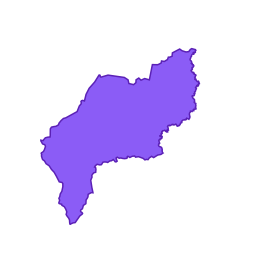 the district of Mariscala, Lavalleja, Uruguay, rotated 333°
{"feature_id": "84410073B78906146937991", "entity_name": "Mariscala", "entity_type": "district", "adm_level": 2, "iso_a3": "URY", "parent_name": "Uruguay", "parent_adm1": "Lavalleja", "projection": "equal_earth", "projection_center": [-54.667, -34.01], "detail": "fine", "context": "isolated", "style": "filled", "palette": "violet", "viewbox_px": 256, "rotation_deg": 333, "n_neighbors": 0, "source": "geoboundaries", "source_scale": "gbopen_adm2", "svg_char_len": 5863}
<svg xmlns="http://www.w3.org/2000/svg" viewBox="0 0 256 256"><g transform="rotate(333 128 128)"><path d="M147.8,166.2L147.7,166.0L147.7,164.8L148.2,163.7L148.3,163.2L148.6,163.0L149.1,161.2L148.9,160.3L148.7,160.0L148.6,159.7L148.1,159.4L147.4,158.4L147.3,157.9L147.3,157.3L147.6,156.8L148.0,156.7L148.2,156.4L148.4,156.3L148.5,156.2L148.4,156.1L148.5,155.9L149.3,155.9L149.3,155.4L149.5,154.9L149.5,154.3L149.8,153.5L149.8,153.2L150.1,152.8L151.1,152.5L151.1,152.8L151.2,153.0L152.0,152.4L152.7,152.7L152.9,152.6L152.9,152.4L153.1,152.3L153.5,152.4L153.9,152.2L154.1,151.5L154.4,151.3L154.6,151.1L154.6,150.9L154.0,150.3L153.5,150.6L152.8,150.2L152.7,149.6L152.8,149.4L153.3,149.5L154.3,149.3L154.8,148.9L154.9,148.1L155.1,148.0L155.4,148.1L155.4,148.3L155.5,148.4L155.9,148.4L156.1,148.2L155.9,147.5L156.5,146.6L156.8,146.9L157.1,146.8L157.8,146.2L158.9,146.7L159.8,146.7L160.3,147.6L160.3,148.0L160.7,148.0L160.8,148.2L160.6,148.5L160.3,148.5L160.6,149.0L161.1,148.8L161.2,149.3L161.5,149.5L161.6,149.3L161.7,148.9L162.0,148.6L162.9,148.3L162.7,148.0L162.2,147.8L162.1,147.5L162.2,147.4L163.0,147.7L163.3,147.4L163.6,146.8L163.6,146.2L163.8,146.0L163.8,145.7L164.1,145.0L163.9,144.8L163.9,144.6L165.0,144.0L165.6,144.3L166.2,144.3L166.4,144.6L166.3,144.9L167.1,145.1L168.7,144.8L169.1,144.8L169.4,145.2L169.5,145.6L169.9,145.6L170.1,145.9L170.3,145.8L170.4,146.1L170.8,146.3L172.3,146.2L172.6,146.6L172.5,147.3L172.9,148.2L172.7,148.7L173.3,149.0L174.1,148.9L174.9,149.1L175.1,148.7L175.7,148.7L176.2,148.4L176.9,147.6L178.4,147.6L178.6,147.3L178.3,147.0L178.3,146.8L179.0,146.7L179.4,146.1L180.2,145.9L182.1,146.2L182.2,146.6L182.4,146.8L183.2,146.6L183.5,146.8L183.7,146.6L183.9,146.8L184.3,146.5L184.4,146.0L184.6,145.9L184.9,146.4L185.1,146.5L185.3,146.5L185.6,146.9L185.7,147.1L186.2,147.9L187.8,146.9L188.1,146.1L188.5,145.7L188.4,145.1L188.8,144.5L188.9,143.5L189.9,142.4L191.1,142.0L191.3,141.4L191.7,141.5L191.9,141.8L192.6,142.4L192.9,142.1L193.8,142.3L194.2,142.2L194.3,141.9L194.5,142.1L194.6,141.7L194.8,141.7L194.7,141.5L195.1,141.2L195.3,141.2L195.3,141.5L195.7,141.4L197.1,141.9L197.3,141.4L197.5,141.3L197.4,140.7L197.4,140.4L197.6,140.4L197.6,140.0L198.6,139.1L198.7,138.6L198.9,137.9L199.5,137.1L199.6,136.9L199.3,136.4L198.8,135.9L198.7,135.1L199.5,134.5L199.4,134.1L199.9,133.5L200.1,132.9L199.9,132.4L199.7,131.8L199.8,131.6L199.5,131.1L199.4,130.6L199.5,130.1L199.4,129.2L199.6,128.8L199.9,128.5L200.7,128.8L201.1,129.2L201.8,129.0L202.4,128.5L202.5,128.3L202.3,127.5L202.5,127.3L203.3,127.5L203.5,127.2L203.7,126.1L204.5,126.0L205.1,125.6L205.5,124.8L205.9,124.7L206.8,124.0L206.5,122.9L206.6,122.5L207.3,122.5L207.6,122.2L208.2,122.4L208.5,122.2L208.4,121.5L208.5,121.4L209.2,121.8L209.2,122.1L209.4,122.3L209.8,122.0L209.7,121.5L209.8,121.4L210.0,121.8L210.1,122.0L210.7,121.5L211.0,120.7L211.7,120.8L211.7,120.7L211.9,119.8L211.7,119.6L212.1,118.6L211.9,118.2L211.1,118.4L210.8,118.0L210.5,116.6L210.6,115.4L210.3,115.4L210.3,115.2L210.1,115.4L209.9,115.3L209.7,115.0L210.5,113.7L210.5,113.1L211.1,113.1L211.6,112.3L212.3,112.1L212.5,111.8L212.5,111.4L211.4,110.2L211.7,109.8L211.5,109.6L211.8,109.1L211.5,108.6L211.6,108.2L211.1,108.0L210.9,108.2L210.7,107.9L210.5,107.5L210.5,106.4L210.2,105.9L210.2,105.6L210.8,105.1L211.7,105.1L212.0,104.9L212.2,103.6L212.5,103.5L212.7,103.3L213.0,103.5L213.4,103.3L213.5,103.4L214.3,102.7L214.8,102.6L214.7,102.3L214.9,101.6L214.9,101.3L214.6,101.0L214.1,100.9L214.1,100.5L214.5,99.9L214.5,99.7L214.0,99.6L214.0,99.1L213.9,99.0L214.4,98.8L214.7,97.9L214.8,97.1L214.4,96.4L214.3,95.8L214.4,95.2L214.6,94.8L215.7,94.0L216.4,93.1L216.7,93.1L217.1,93.0L217.4,92.3L218.4,91.6L219.3,91.4L219.7,91.5L219.8,92.0L220.1,92.1L220.4,91.8L220.2,91.0L220.4,90.4L221.0,90.5L221.2,91.0L221.5,91.2L222.2,91.2L222.2,90.9L223.0,90.1L223.1,89.7L223.7,89.6L223.7,88.8L220.8,86.2L219.2,86.3L216.8,87.5L214.2,86.6L211.3,83.8L209.9,81.1L201.7,81.2L199.8,84.1L197.3,83.8L196.1,83.2L194.3,84.9L190.6,85.2L188.3,83.5L187.1,85.1L185.0,85.2L183.2,85.1L178.5,82.6L168.9,94.8L165.3,91.5L161.3,91.3L160.3,88.4L157.1,88.7L155.6,91.2L152.7,91.9L149.0,88.8L149.9,85.1L147.7,81.3L134.2,71.8L127.0,70.4L126.6,69.6L127.0,68.6L126.9,68.0L126.2,67.7L119.2,71.9L111.4,75.0L105.9,79.0L101.5,84.1L100.1,82.8L98.9,82.6L98.0,83.2L97.9,84.2L97.2,85.2L94.6,86.3L90.1,90.3L77.2,90.7L74.8,90.2L71.8,91.0L68.8,92.3L67.5,93.6L64.7,93.8L62.3,93.0L60.2,92.5L58.4,93.5L55.3,99.4L54.5,100.6L52.2,99.7L49.9,99.2L47.7,100.1L46.7,100.7L44.8,99.3L44.5,100.1L44.6,101.7L44.6,102.9L44.9,103.8L46.0,104.8L46.3,105.6L46.0,107.1L43.5,109.5L42.2,110.4L40.8,110.8L39.6,110.8L39.0,111.5L39.1,112.4L38.2,113.6L37.6,116.8L37.8,117.9L38.5,119.0L38.7,120.3L38.8,122.6L40.6,125.9L41.0,130.2L42.1,133.9L42.3,138.6L42.3,144.8L44.5,146.6L44.7,147.9L43.3,150.7L40.4,154.3L37.7,156.0L36.1,158.1L34.5,159.3L34.3,161.3L32.3,163.4L32.4,164.1L33.7,165.4L34.3,165.8L34.0,166.9L35.5,169.2L35.7,171.8L35.4,174.9L33.6,177.0L33.7,178.8L34.2,181.5L34.1,183.4L33.0,186.0L32.6,187.2L33.0,187.6L33.9,187.5L35.9,187.6L38.0,188.3L45.1,184.5L48.2,183.9L48.8,183.4L48.6,182.3L48.1,181.5L47.9,180.8L48.2,180.1L48.9,179.5L50.7,179.3L53.1,176.7L56.1,176.3L58.0,173.1L60.1,171.9L61.1,171.1L62.4,169.0L65.9,168.9L67.4,169.8L68.8,164.6L71.1,157.6L73.7,155.4L74.1,154.0L75.3,153.1L77.2,152.4L79.1,152.8L80.7,150.2L81.2,148.4L80.5,147.6L81.8,146.8L84.0,146.3L86.1,148.1L87.7,148.6L90.2,147.1L91.9,147.7L93.5,148.7L94.3,149.5L96.7,149.1L98.5,149.7L100.5,149.4L101.0,151.0L101.2,152.2L101.9,152.8L103.3,152.6L103.5,150.3L103.8,149.3L105.1,149.1L106.4,150.9L108.1,151.5L109.3,152.6L111.1,153.8L113.2,154.5L113.9,154.0L114.2,153.3L114.8,153.1L115.3,153.4L116.3,155.1L118.9,155.1L121.2,156.0L121.5,157.4L124.3,158.3L127.7,161.9L128.6,164.1L130.1,164.3L131.5,165.3L133.4,164.3L136.2,164.0L137.4,166.0L142.2,165.6L145.3,166.5L147.8,166.2Z" fill="#8b5cf6" stroke="#5b21b6" stroke-width="1.5"/></g></svg>